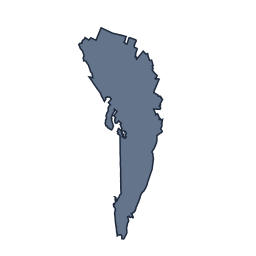 Cotnari, Iasi, Romania, rotated 251°
{"feature_id": "2599482B18683824737313", "entity_name": "Cotnari", "entity_type": "district", "adm_level": 2, "iso_a3": "ROU", "parent_name": "Romania", "parent_adm1": "Iasi", "projection": "natural_earth1", "projection_center": [26.928, 47.355], "detail": "fine", "context": "isolated", "style": "filled", "palette": "slate", "viewbox_px": 256, "rotation_deg": 251, "n_neighbors": 0, "source": "geoboundaries", "source_scale": "gbopen_adm2", "svg_char_len": 5837}
<svg xmlns="http://www.w3.org/2000/svg" viewBox="0 0 256 256"><g transform="rotate(251 128 128)"><path d="M67.0,93.4L67.1,93.2L66.4,93.5L66.1,93.4L64.8,92.6L63.1,92.3L62.4,92.7L61.2,91.0L60.3,90.3L61.0,89.7L60.5,89.3L59.1,89.1L58.6,88.9L58.2,89.2L57.6,89.3L57.2,89.2L56.9,89.5L56.7,89.5L56.1,89.8L55.1,89.6L54.9,89.4L54.5,89.4L54.4,89.1L53.8,88.6L53.1,88.6L52.4,87.9L51.7,87.5L49.3,87.1L43.2,85.5L38.6,84.6L38.2,84.9L38.0,84.5L37.7,84.4L34.8,83.9L34.1,83.5L33.7,83.6L32.7,83.3L32.1,83.5L31.8,83.2L30.1,82.9L29.5,82.6L29.4,82.9L29.9,83.6L30.0,84.2L29.7,84.7L29.4,85.4L29.4,85.8L29.5,86.3L29.3,86.5L28.4,86.9L27.8,86.9L25.3,86.1L24.5,87.8L25.2,88.8L25.8,89.3L27.3,90.8L27.6,91.3L29.1,92.7L29.7,93.0L30.2,93.0L30.9,93.4L33.8,94.0L36.2,95.5L36.7,95.9L37.8,96.3L38.9,97.3L39.0,97.6L39.9,98.4L43.0,98.7L43.5,98.6L44.2,98.8L44.3,100.0L44.2,100.4L43.6,100.3L42.9,100.7L42.6,101.2L42.7,101.6L42.6,101.9L42.6,102.6L41.8,103.1L42.1,103.4L41.7,103.7L42.0,104.0L43.8,103.7L44.6,103.8L45.8,103.2L46.1,105.1L46.5,105.8L46.5,106.5L47.0,107.3L47.9,108.2L49.5,109.4L50.4,109.7L51.2,110.8L53.3,112.4L53.7,113.0L54.4,113.7L54.8,113.9L58.3,116.8L59.0,117.0L61.6,119.3L62.7,121.1L63.1,122.2L65.7,125.4L66.6,126.0L67.8,127.3L70.2,128.8L80.1,136.5L80.7,137.1L90.7,142.1L93.2,142.4L95.6,143.1L96.1,143.1L96.9,142.8L97.5,142.8L98.3,143.7L98.9,144.1L99.1,144.4L99.1,144.7L100.5,146.4L101.2,146.9L102.4,148.2L103.5,148.8L103.8,149.4L104.8,150.2L105.8,150.6L106.8,151.3L109.7,152.2L111.2,152.9L111.5,153.0L111.5,153.5L111.9,154.4L111.9,154.6L112.7,157.1L112.6,157.6L113.2,158.9L113.4,159.1L113.8,159.3L116.8,158.7L118.3,160.4L118.6,160.5L120.5,161.4L121.4,161.2L121.8,161.8L124.8,163.4L124.5,162.0L126.2,161.7L125.9,160.2L126.1,160.2L126.3,161.2L127.7,160.9L128.6,160.9L129.9,160.7L130.4,160.9L130.9,160.7L131.6,160.5L132.0,160.2L131.4,158.7L133.3,158.7L137.7,158.4L137.7,158.5L136.1,162.0L135.7,163.2L135.7,163.6L135.5,163.9L135.2,164.2L136.1,165.3L136.9,165.5L137.2,165.4L138.5,164.6L138.7,164.9L138.6,165.6L138.8,166.1L139.4,166.4L140.0,166.0L143.8,170.0L145.8,168.9L146.0,169.4L146.4,169.1L146.5,169.2L147.6,168.7L147.5,168.4L148.0,167.3L148.3,167.6L149.8,166.7L153.1,163.9L154.7,165.0L158.6,168.5L161.1,170.7L161.8,171.2L164.0,173.4L164.6,172.7L164.9,172.2L165.3,169.9L166.1,169.9L165.8,171.0L166.8,171.3L168.0,172.7L171.0,171.2L173.0,170.4L174.7,170.0L175.6,170.0L175.9,170.2L175.9,171.0L178.9,171.2L178.8,172.1L182.4,172.3L184.5,172.4L184.7,170.6L185.1,170.4L189.3,170.4L192.0,170.8L191.9,169.1L195.7,167.4L193.9,164.6L190.2,158.4L190.5,158.3L191.2,158.9L192.1,159.1L192.8,158.7L192.7,158.0L193.3,158.0L194.6,159.1L195.0,159.2L195.3,159.2L196.3,159.7L197.1,160.5L198.0,161.0L198.7,161.8L200.2,162.5L202.4,160.1L202.3,160.3L202.6,160.4L203.2,160.4L203.7,160.7L204.0,161.0L205.0,161.2L205.3,162.1L206.4,162.6L207.0,163.7L207.4,163.8L208.0,164.2L208.3,164.3L208.7,163.9L209.1,163.7L210.6,161.8L211.0,161.5L213.0,158.7L212.7,158.1L207.7,154.5L207.7,154.3L207.9,153.9L208.1,153.8L208.7,153.2L209.1,153.1L209.7,152.7L209.8,152.4L210.5,152.1L210.8,152.9L211.5,153.2L212.0,153.9L212.8,154.5L213.3,154.6L214.4,155.4L214.7,155.9L215.0,156.1L216.6,153.9L222.8,144.1L231.5,135.2L221.4,126.3L222.2,125.7L222.4,125.2L224.3,123.4L224.8,122.7L225.4,122.2L224.3,120.3L224.0,119.4L227.5,116.9L226.9,116.3L226.6,116.2L226.4,115.6L226.1,115.4L225.9,115.0L225.9,114.4L225.5,113.5L225.0,113.0L224.3,112.7L224.0,111.9L223.9,111.8L223.4,112.0L223.3,111.2L223.6,110.4L223.6,109.6L223.1,108.8L222.7,108.6L222.4,108.6L221.6,108.8L218.6,108.8L215.7,110.1L211.3,110.0L210.1,109.8L209.8,109.2L208.8,108.3L207.9,108.4L206.0,107.9L206.0,108.7L205.9,108.9L204.9,109.6L204.6,110.0L203.9,110.2L203.4,110.1L203.2,110.2L200.7,111.0L197.7,111.1L193.2,111.0L191.7,111.7L186.9,111.1L187.4,110.3L188.5,108.8L189.0,107.8L184.5,109.2L181.7,109.8L175.8,111.5L175.4,111.5L174.0,112.1L169.6,113.3L166.2,113.4L163.6,114.0L162.1,114.0L160.9,114.4L161.5,114.8L161.7,115.8L162.9,116.5L164.0,116.8L164.1,117.9L164.0,118.2L163.9,118.5L164.3,119.0L163.4,119.9L163.2,120.7L160.8,121.7L158.5,117.7L155.6,118.9L155.5,118.1L155.1,117.6L154.5,117.1L154.3,116.4L152.9,115.5L151.0,115.1L150.3,114.4L149.7,113.8L148.9,112.7L148.6,112.6L146.6,111.2L146.0,111.0L144.9,111.1L144.1,110.8L143.5,110.4L142.8,109.3L140.9,108.8L140.6,108.3L139.5,107.9L137.4,107.8L137.2,108.5L136.1,108.9L135.9,108.7L135.1,108.8L133.7,110.0L133.0,110.4L131.7,111.6L131.5,111.9L132.5,113.1L134.5,114.7L134.6,114.9L140.9,115.0L141.2,115.0L141.8,115.8L143.2,115.5L144.5,116.8L145.1,117.7L145.6,117.4L146.2,118.0L149.0,121.5L149.9,120.8L150.3,121.2L147.2,123.0L144.8,119.4L144.0,118.6L141.9,119.7L141.1,118.8L139.7,117.9L139.1,117.7L138.8,117.8L138.2,117.6L137.2,117.6L136.1,118.0L136.8,118.1L136.3,118.6L136.2,119.0L136.7,119.9L136.8,120.4L137.8,121.4L134.6,123.2L134.2,122.6L134.0,121.7L132.9,122.0L132.0,121.8L129.4,122.1L128.7,120.9L128.3,120.9L127.5,121.2L127.1,121.7L126.8,122.5L126.7,123.3L126.4,123.8L125.4,123.6L125.0,123.7L125.1,124.5L123.7,124.7L123.0,124.4L122.4,123.6L122.9,123.2L122.5,123.0L122.2,123.1L121.7,122.9L121.5,122.7L121.1,122.6L120.5,122.9L120.1,123.4L119.2,122.1L119.2,121.8L119.5,121.5L119.6,121.2L121.3,121.0L121.1,120.0L121.4,119.6L121.6,119.6L121.9,120.3L122.3,120.3L122.9,121.2L123.8,121.5L123.9,121.3L123.1,121.1L123.4,120.7L124.0,120.8L124.3,120.2L125.4,120.3L125.4,120.7L125.8,120.8L125.8,121.0L128.9,120.0L129.7,119.4L130.5,119.2L130.4,119.0L130.5,118.8L130.5,118.7L130.1,118.3L129.4,118.0L128.5,117.2L128.1,116.6L126.6,117.3L126.1,116.4L125.2,116.8L124.7,117.3L123.5,118.0L109.3,113.3L107.2,112.5L100.7,110.6L96.2,108.9L91.2,107.6L86.9,106.0L81.8,104.4L80.3,103.9L80.2,103.7L79.9,103.8L77.1,102.9L75.1,102.1L68.0,100.0L67.8,99.8L67.8,99.3L67.5,98.7L66.7,97.8L65.2,96.7L65.0,95.9L64.4,95.2L62.9,94.2L63.3,93.5L63.7,93.6L64.8,93.4L66.0,93.9L67.0,93.4Z" fill="#64748b" stroke="#1e293b" stroke-width="1.5"/></g></svg>